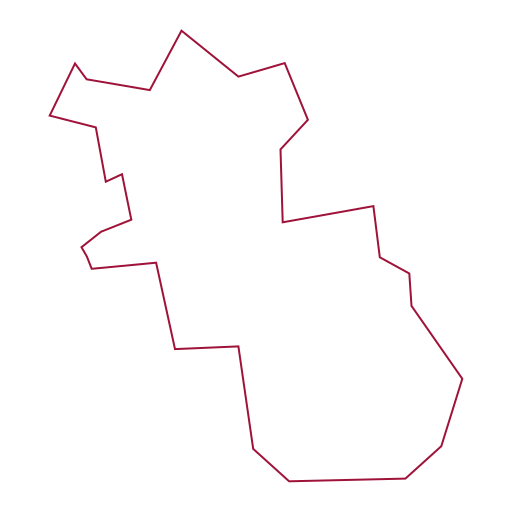 the border of Grobinas
{"feature_id": "LVA-5716", "entity_name": "Grobinas", "entity_type": "Municipality", "adm_level": 1, "iso_a3": "LVA", "parent_name": "Latvia", "parent_adm1": "", "projection": "robinson", "projection_center": [21.193, 56.504], "detail": "fine", "context": "isolated", "style": "outline", "palette": "rose", "viewbox_px": 512, "rotation_deg": 0, "n_neighbors": 0, "source": "natural_earth", "source_scale": "10m", "svg_char_len": 485}
<svg xmlns="http://www.w3.org/2000/svg" viewBox="0 0 512 512"><path d="M91.7,268.8L86.9,256.6L81.5,247.2L101.1,231.7L131.3,219.7L122.0,174.2L105.8,181.7L95.8,127.4L49.7,115.6L75.0,63.5L86.6,79.3L149.8,90.1L181.5,30.7L238.4,76.6L284.7,63.1L307.9,119.8L280.5,149.4L282.7,222.3L373.4,206.1L379.8,257.3L409.3,273.5L411.5,305.9L462.3,378.8L441.3,446.2L405.4,478.6L289.1,481.3L253.2,448.9L238.4,346.4L175.0,349.1L156.1,262.7L91.7,268.8Z" fill="none" stroke="#9f1239" stroke-width="2"/></svg>